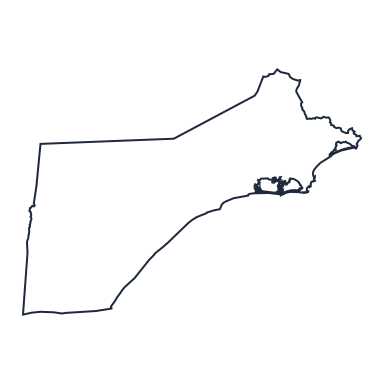 the district of Sveitarfélagið Hornafjörðu, Austurland, Iceland
{"feature_id": "244011B97448762640394", "entity_name": "Sveitarfélagið Hornafjörðu", "entity_type": "district", "adm_level": 2, "iso_a3": "ISL", "parent_name": "Iceland", "parent_adm1": "Austurland", "projection": "albers", "projection_center": [-15.406, 64.234], "detail": "fine", "context": "isolated", "style": "outline", "palette": "slate", "viewbox_px": 384, "rotation_deg": 0, "n_neighbors": 0, "source": "geoboundaries", "source_scale": "gbopen_adm2", "svg_char_len": 6056}
<svg xmlns="http://www.w3.org/2000/svg" viewBox="0 0 384 384"><path d="M40.5,143.9L36.4,186.4L33.8,203.5L34.5,204.7L34.6,205.7L33.9,206.4L32.3,205.8L30.9,207.7L30.1,208.0L30.2,208.4L29.8,208.9L29.9,209.8L29.4,210.8L30.6,211.9L30.5,212.3L31.2,214.0L31.2,215.2L30.5,216.9L31.2,217.5L31.4,219.4L30.4,221.4L30.6,222.4L30.2,223.4L30.1,224.3L29.6,224.8L30.1,226.3L29.3,227.5L29.5,227.7L29.1,228.5L29.2,232.7L28.8,233.6L28.9,234.2L28.6,234.9L28.3,238.2L27.2,240.9L27.0,242.6L27.5,252.9L23.0,314.6L31.6,312.7L40.4,311.8L53.6,312.3L62.1,313.5L66.0,312.9L96.0,311.0L110.8,308.7L111.1,308.0L111.4,308.1L111.3,307.2L110.9,307.1L111.1,306.2L114.9,301.2L116.9,297.6L119.7,293.9L122.4,289.9L124.8,287.0L134.6,278.1L149.3,259.7L154.2,254.7L155.2,253.2L164.7,245.6L165.7,244.3L166.4,244.1L188.4,222.9L192.1,220.0L196.5,217.2L206.4,213.2L206.9,212.5L214.9,210.1L219.6,209.3L220.2,208.6L221.6,204.9L223.3,202.9L225.7,201.5L233.7,198.2L248.1,195.6L248.0,195.0L249.5,193.9L253.7,193.3L268.5,193.0L279.5,194.2L280.9,194.9L280.9,195.3L281.8,194.8L280.7,194.7L279.0,193.3L278.2,192.1L277.2,191.6L276.3,192.3L274.6,192.7L264.0,191.4L263.3,191.7L262.9,191.6L263.3,191.5L263.1,191.3L261.5,190.8L261.0,190.0L260.0,191.0L260.5,191.8L259.1,191.7L259.0,191.1L258.5,190.9L257.4,191.2L257.2,191.5L257.3,192.1L256.1,192.1L254.4,186.1L255.4,185.1L255.0,184.8L255.2,184.4L256.6,185.8L257.1,184.7L258.1,184.3L257.7,184.1L257.8,183.7L258.5,183.1L258.7,183.9L259.3,184.2L259.0,183.3L259.6,182.8L258.8,182.4L259.1,181.3L258.3,180.7L258.5,180.6L258.4,180.2L259.5,180.7L260.8,178.7L267.9,178.4L268.7,179.4L271.6,179.7L272.4,181.0L272.2,182.3L272.9,182.7L274.0,182.3L274.5,181.7L274.6,181.0L273.0,178.0L274.1,177.8L275.1,178.8L275.0,179.5L275.3,179.6L275.7,179.2L275.4,177.6L275.7,177.7L276.0,178.3L276.1,179.4L275.4,180.8L275.5,181.2L275.4,181.6L276.6,180.6L276.9,181.1L277.5,180.9L277.3,180.4L277.5,180.0L278.6,179.5L280.1,177.7L279.9,177.3L280.6,177.2L279.4,179.1L279.9,179.3L279.0,179.6L278.4,180.6L279.1,181.3L279.8,181.3L279.1,181.8L279.3,182.2L279.9,182.3L279.0,183.1L279.2,184.0L278.5,184.7L279.4,185.2L277.8,186.0L277.9,186.4L278.2,186.2L278.5,186.7L278.1,187.2L278.5,188.1L278.4,189.5L279.2,189.6L279.0,190.8L278.8,191.2L279.0,191.3L278.8,192.0L281.2,190.3L279.5,189.9L280.1,189.5L281.2,189.9L281.3,189.6L281.0,189.3L281.2,188.8L280.9,188.8L281.2,188.1L280.7,188.4L279.8,187.9L280.2,187.6L280.0,187.2L280.3,186.8L280.7,187.1L280.9,186.6L281.4,187.1L281.0,187.7L281.4,187.8L282.2,187.0L281.7,186.5L281.8,186.2L282.4,186.0L282.6,186.6L283.1,186.0L282.8,185.6L282.9,185.3L282.7,184.9L283.0,184.8L281.9,184.3L282.0,183.5L280.1,183.0L280.8,182.0L281.9,181.3L282.1,181.4L281.9,181.7L282.6,181.8L282.9,182.1L282.8,182.4L283.3,182.5L284.2,181.1L284.9,180.9L285.0,181.3L284.4,181.7L284.1,182.8L285.1,182.3L285.0,182.7L285.2,183.0L284.9,183.3L285.9,183.3L286.1,183.9L286.3,183.4L287.0,183.2L287.2,182.4L287.4,183.3L287.0,183.9L287.2,184.0L288.2,182.5L288.9,182.3L289.1,181.7L289.5,181.9L289.6,181.4L289.2,181.0L289.8,180.3L289.5,180.3L289.8,179.8L289.6,179.2L290.0,178.5L293.6,178.9L297.2,180.9L299.0,182.6L299.1,183.3L300.1,184.3L300.3,184.8L300.2,185.1L300.6,185.1L302.4,188.0L301.8,188.5L301.1,188.4L301.1,189.0L300.6,189.4L300.2,188.6L299.6,188.4L299.0,189.3L299.6,190.0L299.4,190.4L293.4,190.1L291.9,190.5L291.1,190.2L290.9,190.6L287.7,191.0L285.0,192.1L283.0,192.1L281.2,193.4L280.9,193.8L281.1,194.1L282.6,193.1L283.7,193.3L284.0,193.9L285.0,193.1L289.9,191.9L300.0,192.2L300.8,192.7L302.3,192.2L303.3,192.9L303.9,192.4L304.9,192.8L305.0,192.4L304.8,192.2L305.1,192.1L305.7,192.6L307.9,192.2L308.3,191.2L306.9,190.6L306.7,190.1L306.9,188.9L307.4,187.6L309.1,186.1L310.1,186.1L310.2,186.3L310.1,186.9L310.5,186.7L310.8,186.2L310.6,184.4L310.9,184.0L310.8,183.3L311.3,182.1L312.5,181.3L313.1,181.6L313.4,181.1L315.0,180.8L313.8,178.8L314.6,177.3L314.9,177.4L314.9,176.6L314.4,177.1L313.5,176.5L312.9,173.8L313.2,171.9L314.1,169.8L316.2,167.1L320.6,162.7L329.4,157.2L329.9,156.7L329.6,156.1L330.8,155.1L330.7,154.4L329.9,154.1L330.1,153.8L330.9,153.6L331.1,152.8L333.2,151.2L334.0,149.9L335.7,149.9L335.7,148.9L335.2,148.1L335.6,147.1L336.3,146.4L336.3,145.8L336.6,145.4L336.5,144.9L335.9,144.6L336.3,142.7L338.5,141.6L338.9,141.7L339.4,142.5L340.4,142.6L340.8,143.1L343.2,142.1L344.8,142.2L345.7,141.6L346.8,142.6L349.7,143.7L352.2,145.9L354.1,146.2L355.0,147.1L348.4,147.9L342.4,149.5L336.2,151.9L331.9,154.1L330.4,156.5L330.3,157.1L331.7,155.2L333.8,153.7L341.3,150.5L352.8,147.9L355.4,147.6L355.7,148.5L356.2,148.5L357.4,145.7L357.1,145.5L357.1,144.5L356.7,144.0L356.9,143.5L358.5,140.8L360.8,138.9L360.7,138.6L361.0,137.9L359.7,136.3L359.7,135.8L356.4,136.2L356.1,134.7L353.9,133.8L353.7,133.3L353.8,132.7L354.6,131.7L352.5,130.5L352.0,128.2L349.2,129.4L348.1,131.1L348.0,133.0L345.9,133.0L342.0,131.4L341.4,130.8L340.7,128.3L338.7,127.7L336.3,128.1L334.0,126.8L333.8,125.7L331.0,124.9L331.2,124.0L330.9,123.0L329.9,122.3L330.3,120.7L330.1,119.4L328.6,117.4L326.0,117.6L323.5,116.8L321.1,118.4L316.5,117.3L315.5,117.8L315.2,118.7L313.3,118.2L311.4,118.9L309.8,118.6L307.2,118.9L306.6,118.5L306.6,117.5L306.1,116.9L305.8,115.3L304.9,114.2L304.3,111.6L302.2,109.4L302.4,108.0L301.1,105.8L301.1,103.4L302.2,102.4L296.3,91.8L296.3,90.4L297.0,88.4L299.0,85.3L299.5,82.6L300.0,81.7L300.2,80.1L297.6,80.5L292.9,79.0L290.3,77.2L288.6,73.9L280.7,72.1L277.2,69.4L273.6,73.9L269.1,74.2L268.8,75.5L268.5,75.9L265.3,76.9L263.3,76.5L257.5,91.5L254.8,95.6L173.8,138.7L40.5,143.9ZM259.2,190.4L260.0,190.0L260.4,189.0L259.9,188.1L259.0,188.7L258.3,190.0L259.2,190.4ZM258.5,188.4L259.5,188.0L259.8,187.3L259.2,186.9L258.3,187.5L258.5,188.4ZM257.2,190.2L257.5,189.6L257.5,189.0L256.8,188.4L256.1,188.7L256.2,189.2L257.2,190.2ZM281.6,192.3L279.9,191.8L280.1,192.2L279.6,192.4L280.4,193.0L281.6,192.3ZM283.1,189.6L282.0,188.8L282.0,189.3L281.6,189.4L281.8,189.7L281.6,189.9L281.6,190.0L282.2,189.9L281.7,190.5L281.9,190.7L283.1,190.0L283.1,189.6ZM257.2,188.1L257.4,187.4L257.3,187.1L256.0,188.1L257.2,188.1ZM257.8,190.7L256.7,190.6L256.3,191.2L257.8,190.7Z" fill="none" stroke="#1e293b" stroke-width="2"/></svg>